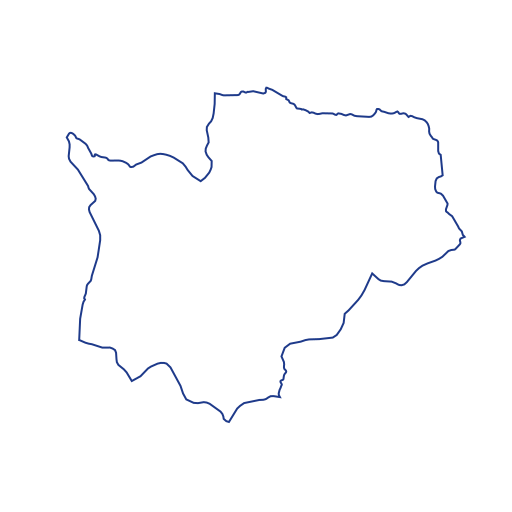 SVG path tracing the border of Cuanza Sul, rotated 8°
{"feature_id": "AGO-1879", "entity_name": "Cuanza Sul", "entity_type": "Province", "adm_level": 1, "iso_a3": "AGO", "parent_name": "Angola", "parent_adm1": "", "projection": "albers", "projection_center": [15.061, -10.94], "detail": "fine", "context": "isolated", "style": "outline", "palette": "blue", "viewbox_px": 512, "rotation_deg": 8, "n_neighbors": 0, "source": "natural_earth", "source_scale": "10m", "svg_char_len": 4801}
<svg xmlns="http://www.w3.org/2000/svg" viewBox="0 0 512 512"><g transform="rotate(8 256 256)"><path d="M92.6,363.8L90.6,342.6L91.1,328.2L91.6,325.2L92.7,322.9L91.7,321.7L91.8,320.2L92.3,318.5L92.7,316.9L92.6,309.7L92.7,308.5L93.4,307.0L95.8,303.6L96.1,302.0L96.2,298.4L99.3,279.4L99.4,271.7L99.5,262.0L98.8,257.1L96.9,252.9L85.1,235.6L84.1,233.1L84.0,230.8L85.1,228.6L89.1,223.8L89.3,221.6L88.4,219.5L86.8,217.4L81.4,212.9L80.6,211.6L80.0,210.1L67.6,195.2L59.2,188.4L57.3,185.7L56.6,183.2L56.3,174.3L55.9,171.4L54.8,168.5L52.1,164.9L53.8,160.9L54.2,160.4L54.7,160.0L55.4,159.8L56.5,159.9L58.0,160.5L60.0,161.9L60.8,162.9L61.3,163.8L61.8,164.3L62.5,164.6L64.1,164.8L65.4,165.2L71.6,168.6L73.1,169.9L73.9,170.9L74.6,172.2L78.6,177.5L79.6,179.5L80.2,179.9L81.0,180.1L82.3,179.7L82.5,179.1L82.5,178.6L82.3,178.1L82.6,177.7L83.5,177.7L87.2,179.1L89.1,179.5L93.0,179.5L94.3,179.7L95.6,180.5L96.1,181.2L97.1,181.7L98.6,181.8L106.3,180.6L108.3,180.5L110.7,180.7L114.4,181.8L116.4,182.8L117.6,183.8L118.3,184.6L118.8,185.1L119.3,185.3L120.0,185.3L121.2,184.9L122.1,184.6L124.6,182.1L129.6,179.4L137.8,172.1L140.9,170.4L144.0,168.9L147.0,168.1L150.1,168.0L153.0,168.2L156.8,168.8L160.8,170.0L170.6,174.4L173.9,177.4L176.3,180.3L182.0,185.6L190.8,189.6L194.6,185.7L198.1,179.9L199.1,176.7L199.6,174.1L198.9,168.1L195.1,164.8L193.1,162.6L191.5,159.5L191.3,156.6L192.1,153.4L193.3,150.1L192.3,145.4L189.7,138.3L189.4,135.1L191.0,131.5L192.8,128.9L193.9,125.4L194.2,120.8L193.9,111.2L192.6,100.6L197.5,100.7L200.2,101.3L201.7,101.4L215.5,99.2L216.5,98.8L217.3,97.9L218.2,95.8L219.1,95.1L220.7,94.9L222.0,95.4L223.4,95.6L224.9,94.6L225.6,94.6L230.3,93.2L240.6,94.1L242.5,93.1L242.9,92.0L242.4,89.2L242.8,87.9L243.8,87.9L245.1,88.4L249.0,89.2L259.5,93.6L260.7,94.0L262.6,94.1L263.8,94.6L264.1,96.4L266.5,97.2L267.2,98.0L267.7,98.9L268.5,99.6L269.4,99.8L271.8,100.1L272.9,100.6L273.7,101.4L275.4,103.7L276.1,104.2L278.9,104.1L280.4,104.2L281.0,104.6L282.2,104.2L284.8,104.7L287.6,105.7L289.2,106.9L291.2,106.0L293.1,106.1L295.0,106.7L297.1,106.9L298.9,106.5L301.9,105.4L311.9,104.2L312.8,104.4L314.8,105.1L316.0,105.1L316.2,104.9L316.6,104.3L317.1,103.7L317.7,103.3L320.8,103.4L323.3,104.1L325.5,104.3L329.5,102.3L331.1,102.4L333.9,103.4L336.5,103.5L348.7,102.5L350.8,101.9L352.4,100.5L353.6,98.8L354.6,97.0L354.9,95.6L355.0,94.4L355.4,93.6L356.8,93.4L357.9,93.6L359.7,94.9L360.4,95.2L363.0,95.4L367.2,96.2L369.7,96.2L371.2,95.9L372.6,95.4L373.7,94.7L374.7,93.9L375.9,93.2L376.9,93.8L377.6,94.7L378.3,95.2L379.9,95.0L381.1,94.5L382.3,94.1L384.1,94.3L385.0,94.8L387.7,97.1L389.4,95.7L391.2,95.8L393.4,96.6L396.2,97.1L401.8,97.4L404.2,98.2L406.5,99.9L407.8,101.4L408.9,103.4L409.8,105.8L410.1,108.6L410.8,110.7L412.3,112.6L413.9,114.1L414.6,115.0L415.2,115.4L418.1,116.0L419.1,116.3L420.2,117.3L420.6,118.2L421.8,126.7L422.9,129.1L424.8,130.1L429.6,150.1L428.1,151.4L426.0,152.4L424.2,154.0L423.4,156.8L423.6,162.3L424.1,164.7L425.1,166.5L425.8,167.4L426.5,167.9L427.5,168.2L429.1,168.3L430.5,168.6L431.4,169.2L432.1,169.8L432.7,170.1L438.4,177.4L438.5,178.7L437.6,183.3L437.9,185.1L438.6,185.8L439.6,186.2L441.5,187.6L444.7,189.3L452.2,198.8L452.7,199.7L453.4,200.6L456.4,203.0L457.9,206.4L458.9,207.1L459.9,208.0L456.2,210.2L455.9,211.0L455.7,211.9L455.9,212.7L456.3,213.5L456.6,214.6L456.6,215.2L456.2,216.1L452.7,221.1L452.0,221.9L451.6,222.1L448.5,222.9L445.8,224.3L440.7,230.8L437.6,233.4L434.3,235.6L427.0,239.4L422.2,242.4L419.1,245.3L416.6,248.4L409.0,260.9L406.8,263.5L404.2,264.7L402.0,264.8L400.5,264.4L398.5,263.6L393.9,262.5L386.1,263.1L383.0,263.0L380.5,261.9L373.5,257.1L368.2,274.7L365.9,280.4L363.3,285.2L355.3,296.9L351.9,300.9L352.1,310.1L350.1,316.8L346.9,323.0L343.4,326.1L330.2,329.5L320.2,331.2L316.6,332.4L312.2,334.6L302.0,338.1L297.2,342.9L295.2,351.9L298.4,357.1L299.0,359.6L299.0,360.7L299.2,362.5L299.6,363.5L300.1,364.2L300.9,364.7L301.7,365.5L302.0,366.3L301.9,367.0L301.6,367.6L301.2,368.1L300.6,369.3L300.4,370.0L300.3,370.8L300.3,373.3L300.3,374.1L300.0,374.7L299.5,375.1L298.8,375.4L298.2,375.8L297.7,376.4L297.7,377.1L298.0,377.7L298.9,378.8L299.4,379.5L299.4,380.2L298.9,381.7L298.8,382.7L298.0,385.3L297.6,388.8L297.9,390.2L298.2,390.9L299.3,392.4L292.9,392.3L290.0,392.8L287.8,394.4L286.1,396.0L284.9,396.7L283.1,397.4L279.3,398.1L264.7,403.3L261.1,406.6L258.6,409.7L252.3,424.1L249.6,423.7L246.7,421.8L246.0,419.5L244.7,417.1L242.5,415.0L230.7,408.8L227.6,408.0L224.6,408.0L219.0,409.8L214.7,410.1L206.9,407.7L202.9,402.3L199.3,395.1L186.8,378.2L182.4,375.0L179.9,374.7L176.6,375.1L173.5,376.3L167.4,380.1L164.7,382.4L158.4,391.1L150.4,397.1L144.1,389.3L140.9,386.6L134.9,383.0L133.0,380.5L132.2,377.6L130.9,371.3L129.5,368.8L126.9,367.6L124.1,367.0L116.5,368.1L105.7,366.2L102.5,366.1L99.1,365.6L92.7,363.8L92.6,363.8Z" fill="none" stroke="#1e3a8a" stroke-width="2"/></g></svg>